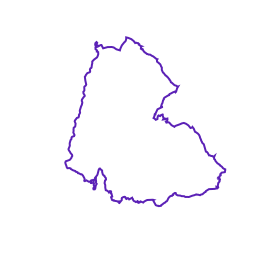 the district of Obarsia-Closani, Mehedinti, Romania, rotated 336°
{"feature_id": "2599482B76871015432444", "entity_name": "Obarsia-Closani", "entity_type": "district", "adm_level": 2, "iso_a3": "ROU", "parent_name": "Romania", "parent_adm1": "Mehedinti", "projection": "mercator", "projection_center": [22.671, 45.057], "detail": "fine", "context": "isolated", "style": "outline", "palette": "violet", "viewbox_px": 256, "rotation_deg": 336, "n_neighbors": 0, "source": "geoboundaries", "source_scale": "gbopen_adm2", "svg_char_len": 5865}
<svg xmlns="http://www.w3.org/2000/svg" viewBox="0 0 256 256"><g transform="rotate(336 128 128)"><path d="M195.7,188.7L194.6,189.0L194.0,188.7L193.5,187.8L192.6,187.4L191.7,186.3L190.9,186.0L190.7,183.1L190.3,181.9L189.7,181.5L189.6,181.0L190.6,173.9L190.5,173.2L189.9,172.2L189.8,171.0L189.9,170.8L189.7,169.2L189.9,168.7L189.9,165.9L190.1,165.3L190.1,163.3L189.6,161.6L188.3,159.4L187.9,159.1L187.7,158.6L187.8,155.3L187.3,153.3L186.8,153.7L185.1,153.4L184.2,150.1L182.7,147.7L181.1,146.1L179.2,145.7L176.7,145.7L172.7,145.4L171.8,145.4L170.9,145.8L168.9,143.1L167.9,139.9L167.1,139.1L165.3,138.7L165.2,137.5L166.5,137.4L167.4,136.5L167.8,135.4L166.9,135.3L166.2,134.8L165.7,135.1L163.5,134.5L164.8,133.4L164.5,132.4L164.7,131.6L164.6,131.0L165.2,129.8L165.1,129.7L163.1,129.7L162.2,130.2L161.7,129.8L161.2,129.0L160.4,129.2L159.4,130.2L158.5,131.8L156.7,131.8L156.2,130.4L155.4,129.3L156.6,128.3L157.8,126.8L157.9,126.4L158.0,126.3L158.6,126.7L159.2,125.8L162.6,122.9L167.6,122.8L167.7,122.5L166.8,122.0L168.5,120.0L169.6,119.2L171.3,117.0L172.5,116.3L172.7,115.6L173.7,115.1L177.8,114.6L178.9,114.7L179.0,114.3L179.8,113.9L181.6,113.9L183.3,113.7L185.8,113.8L185.9,114.7L186.7,114.4L189.0,111.7L190.5,110.6L190.2,110.6L189.6,109.7L189.6,109.3L187.9,107.8L186.3,104.2L185.8,103.7L185.9,101.7L185.5,100.8L185.6,100.1L185.3,99.5L185.1,98.2L184.4,96.7L184.4,96.3L183.7,95.4L183.7,94.9L183.4,94.5L183.1,92.7L182.5,91.5L182.5,88.7L183.5,86.5L183.3,85.3L183.4,83.3L183.2,82.5L182.6,81.5L182.5,80.8L181.7,79.8L181.6,79.0L182.1,77.5L182.8,77.1L182.0,76.4L180.2,72.9L179.2,71.8L178.1,70.0L176.7,69.3L175.8,68.2L175.4,68.1L174.5,66.2L173.9,65.6L173.9,65.2L173.5,64.0L173.4,61.9L172.8,62.0L172.0,60.8L172.6,60.0L172.9,58.6L173.5,58.7L173.0,58.2L171.8,56.3L172.3,55.9L171.7,54.5L171.1,54.3L170.0,53.3L169.1,53.3L168.5,50.6L167.8,49.5L167.3,48.3L164.9,45.8L163.2,44.5L162.6,45.9L161.4,47.4L160.3,48.0L159.5,48.2L156.0,50.0L153.2,52.5L152.2,53.8L149.4,51.4L147.7,48.6L146.1,47.4L142.3,45.8L137.7,45.1L137.5,41.4L136.7,41.1L134.2,41.3L134.3,40.7L133.4,39.8L133.0,39.0L134.5,37.7L134.2,36.7L132.9,37.1L132.1,38.1L131.8,39.2L131.8,40.4L132.1,41.3L131.0,41.3L130.4,42.8L131.3,44.6L130.6,45.5L131.6,46.5L130.9,48.4L129.7,49.8L128.4,50.9L124.8,51.7L122.4,52.7L121.6,54.5L120.9,55.3L119.3,57.9L118.9,58.2L118.0,58.2L117.1,58.9L116.5,60.8L116.1,61.3L115.7,61.5L113.2,61.3L111.0,62.5L110.6,63.0L109.4,63.7L108.3,67.4L107.5,71.3L106.7,72.0L105.0,72.5L104.7,72.8L103.5,75.8L103.1,76.2L101.9,76.8L101.4,78.3L101.7,80.6L101.3,81.3L100.1,81.7L97.5,83.3L96.8,84.4L96.8,85.4L96.5,86.5L96.1,86.8L95.4,87.9L93.8,89.3L91.1,92.4L90.8,93.1L90.5,94.4L90.1,94.9L88.5,96.1L88.1,97.1L87.1,98.2L85.4,98.0L82.5,99.6L82.0,100.3L81.9,102.7L80.7,104.7L80.3,105.2L78.5,105.7L77.5,107.4L77.2,108.4L76.2,109.9L76.3,112.4L76.1,112.9L75.4,113.5L73.8,113.3L73.3,113.3L72.6,113.7L71.7,115.2L70.6,115.7L68.7,118.0L68.3,118.7L67.7,120.4L67.2,121.0L65.2,122.9L65.0,123.2L64.9,124.2L65.3,126.4L65.3,127.4L66.0,129.7L65.7,130.9L64.7,131.6L64.2,132.2L62.2,133.3L61.4,133.4L57.6,133.1L56.7,134.0L56.4,135.2L56.3,137.5L56.1,138.7L56.3,140.1L58.2,140.8L59.1,141.6L59.1,142.2L60.6,144.3L62.4,145.9L62.4,146.6L63.9,147.9L63.9,148.9L64.9,149.6L66.0,151.1L66.5,151.2L67.2,152.0L67.3,152.7L67.5,153.2L67.7,156.1L67.7,156.7L67.1,157.9L66.6,158.4L67.0,159.0L68.7,158.9L70.3,161.1L71.2,161.5L72.0,161.3L71.7,163.1L72.2,163.4L72.6,162.1L73.4,160.9L74.7,161.5L75.1,161.2L76.0,161.5L74.0,164.0L74.3,165.0L73.6,166.0L73.4,166.6L73.7,167.2L73.0,168.2L72.3,168.5L71.6,169.4L71.6,170.0L72.6,170.5L73.4,170.1L75.1,167.5L76.7,166.3L76.4,164.7L77.2,163.7L77.8,161.6L78.2,160.9L77.4,160.6L77.5,160.2L80.6,158.6L81.3,158.0L84.3,154.2L85.3,153.5L85.9,153.6L86.1,154.1L86.2,154.8L86.9,155.9L87.0,156.5L86.5,157.6L86.1,160.3L86.6,161.8L87.0,162.0L87.0,163.4L87.4,164.7L86.9,166.2L85.7,166.6L84.2,168.8L84.0,170.9L83.0,173.2L82.4,175.8L83.5,176.8L84.3,178.4L84.4,179.1L85.8,178.3L86.6,178.8L86.6,179.6L86.4,179.8L85.9,179.8L85.8,180.9L86.2,181.3L85.7,184.2L84.4,184.3L84.3,184.8L84.5,185.1L84.1,187.0L84.2,187.3L85.5,188.1L85.3,188.5L88.4,190.6L88.7,191.2L88.9,191.3L89.2,191.1L90.0,191.4L89.5,191.8L89.7,192.6L89.5,192.9L89.6,193.0L93.0,191.3L93.6,189.8L94.0,189.4L95.7,189.2L97.0,189.5L97.4,190.0L97.3,191.2L97.9,191.4L98.0,191.6L97.7,192.2L97.8,192.3L98.6,192.0L99.4,192.0L99.8,192.8L100.0,193.7L103.4,193.4L103.3,194.2L103.6,195.0L103.4,195.4L103.5,196.6L103.9,197.4L104.6,198.0L105.0,198.8L106.6,198.9L107.1,198.6L107.5,198.7L107.1,198.8L107.3,199.2L107.1,199.3L107.0,199.5L106.7,199.5L106.7,199.1L106.4,199.2L106.5,199.8L107.3,200.7L108.7,200.7L109.2,200.2L109.5,200.1L111.6,202.3L112.8,201.8L114.6,201.6L116.3,201.6L121.6,203.7L122.1,204.1L121.5,204.1L122.0,209.8L123.2,211.0L123.9,211.3L124.2,211.8L124.9,212.1L126.5,212.5L127.3,211.8L128.1,211.9L129.9,211.3L131.7,211.2L132.5,210.7L133.6,210.7L134.4,210.3L135.2,209.5L136.9,208.2L138.9,207.5L140.2,207.6L140.5,207.9L141.1,207.6L141.8,207.6L141.9,207.0L142.5,206.7L143.4,206.7L143.6,206.5L144.4,206.4L145.1,206.8L145.0,208.4L145.9,209.7L148.4,211.1L149.2,212.0L151.6,213.2L152.2,214.2L155.6,215.8L159.2,216.0L161.5,216.4L163.3,216.4L163.8,217.0L164.6,217.2L166.5,218.7L167.6,218.5L169.1,218.8L171.9,217.9L172.8,218.0L173.5,217.3L177.1,216.8L182.2,218.8L184.5,219.3L184.9,217.7L185.9,218.6L185.9,219.1L186.3,218.9L186.4,217.8L186.7,217.0L187.8,215.6L187.9,215.1L189.9,214.1L190.1,213.2L190.4,212.9L191.0,212.7L191.1,212.4L190.9,211.5L191.2,211.1L191.2,210.7L190.3,211.2L190.0,211.1L190.2,210.8L190.2,210.3L190.0,210.1L190.3,209.9L190.5,210.0L191.2,210.0L192.0,209.3L193.4,209.0L193.8,208.1L193.6,207.7L195.4,206.9L198.5,207.7L199.8,205.9L199.7,205.4L199.9,205.2L199.0,204.2L198.4,203.2L198.1,201.8L197.3,200.3L196.9,199.8L196.9,199.0L196.6,198.8L196.1,197.6L195.4,196.8L194.5,193.7L194.6,192.3L194.1,191.3L194.6,189.8L195.7,188.7Z" fill="none" stroke="#5b21b6" stroke-width="2"/></g></svg>